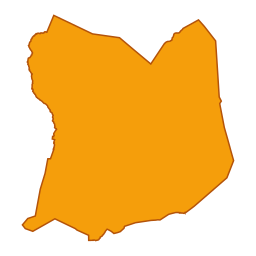 Ringebu nor, Oppland, Norway (Mercator projection)
{"feature_id": "86288312B31660011539204", "entity_name": "Ringebu nor", "entity_type": "district", "adm_level": 2, "iso_a3": "NOR", "parent_name": "Norway", "parent_adm1": "Oppland", "projection": "mercator", "projection_center": [10.18, 61.557], "detail": "fine", "context": "isolated", "style": "filled", "palette": "amber", "viewbox_px": 256, "rotation_deg": 0, "n_neighbors": 0, "source": "geoboundaries", "source_scale": "gbopen_adm2", "svg_char_len": 5158}
<svg xmlns="http://www.w3.org/2000/svg" viewBox="0 0 256 256"><path d="M88.7,240.4L93.1,240.3L93.1,240.1L93.5,240.1L94.0,240.1L94.8,240.1L95.6,240.6L96.7,240.3L96.8,240.3L98.4,239.9L98.7,239.7L99.6,238.4L99.9,238.3L100.2,237.7L100.2,237.2L100.3,237.1L102.1,236.1L102.5,235.3L102.9,235.1L103.2,234.6L103.7,234.2L103.9,233.8L104.0,233.5L104.7,232.7L105.0,232.2L105.2,231.7L105.4,231.2L107.1,229.2L107.9,229.5L110.7,231.0L112.1,232.0L113.9,233.5L115.9,233.0L117.5,232.6L119.3,232.0L119.6,231.8L120.1,231.7L120.3,231.6L120.6,231.5L120.8,231.1L121.2,230.8L123.1,229.1L123.3,228.8L123.6,228.7L123.9,228.4L124.1,227.9L124.2,227.3L124.3,227.2L124.3,226.8L124.6,226.3L135.5,222.7L138.2,222.3L151.0,220.4L155.8,220.1L157.8,219.8L159.5,219.9L160.1,219.9L168.7,214.3L171.7,213.5L175.8,212.5L179.1,212.5L179.4,212.7L179.4,212.8L179.9,212.7L179.9,212.9L180.0,213.1L180.5,212.9L180.8,213.0L181.2,212.9L181.6,213.1L182.3,213.0L183.6,213.3L183.7,213.2L184.3,213.1L184.7,213.0L184.8,213.1L184.8,212.9L185.0,212.6L185.1,212.8L185.3,212.9L194.1,206.3L226.9,177.8L233.6,160.6L230.6,150.0L229.7,146.6L227.3,138.0L224.3,127.5L219.7,103.6L221.3,101.1L219.2,97.0L216.9,60.9L215.6,40.9L204.3,26.4L198.5,19.9L183.1,28.4L182.9,28.6L182.5,29.4L181.5,30.2L181.1,30.5L180.9,30.8L180.5,31.1L180.4,31.5L179.8,32.0L179.7,32.3L179.3,32.7L178.7,33.0L178.1,32.9L176.8,33.1L176.3,32.9L175.8,33.0L174.9,33.3L174.4,33.6L174.1,33.9L173.8,34.6L173.7,35.2L173.2,36.8L172.9,37.2L172.2,37.9L172.1,39.2L171.7,39.9L171.8,40.1L171.3,40.5L170.8,40.6L170.5,40.9L170.3,41.1L169.8,41.2L168.9,41.4L168.2,41.4L167.8,41.4L166.3,42.0L165.3,42.7L164.6,43.6L164.4,43.6L150.8,64.0L133.8,49.8L119.5,37.7L92.5,33.9L53.8,15.4L46.8,32.3L46.7,32.3L46.1,31.9L45.6,31.8L45.2,31.8L44.5,31.9L44.4,32.0L44.4,32.3L44.2,32.5L43.9,32.9L43.7,33.0L43.1,32.9L42.8,33.2L42.3,33.1L41.8,32.9L41.2,33.0L41.0,32.9L40.8,32.9L40.6,33.3L40.0,33.7L39.4,33.3L38.6,33.2L38.3,33.2L38.0,33.4L37.6,33.3L37.4,33.6L37.0,33.6L36.7,33.9L36.5,33.7L36.2,33.6L35.8,34.0L35.6,34.1L35.5,34.3L35.6,34.5L34.5,35.2L34.4,35.4L34.5,35.8L34.3,35.9L33.7,35.9L33.2,36.4L33.0,36.8L32.5,37.1L32.2,37.6L32.2,38.1L31.9,38.3L31.8,38.8L31.6,39.0L31.3,39.1L31.0,39.6L31.0,39.9L31.0,40.3L30.9,40.5L30.8,40.9L30.8,41.3L30.5,41.6L30.3,41.7L30.0,41.9L29.7,42.4L29.6,42.6L29.6,42.8L29.4,43.2L29.4,43.5L29.4,44.1L29.1,44.3L29.1,44.7L29.1,45.1L28.9,45.3L28.5,45.6L28.9,46.3L29.0,47.0L29.5,47.7L29.8,48.4L30.1,48.8L30.3,49.4L30.4,49.6L30.7,49.9L31.6,50.9L31.8,51.3L31.8,51.7L32.4,52.6L32.5,52.8L32.5,53.1L32.4,53.3L32.1,53.5L31.9,54.8L31.8,55.0L31.3,55.1L31.2,55.7L31.1,55.9L30.5,56.6L30.1,57.3L29.7,57.7L28.5,58.0L28.3,58.2L28.2,58.4L28.2,58.8L28.1,59.2L27.9,60.3L27.9,60.6L28.0,61.1L27.7,61.3L27.6,61.6L27.3,61.9L27.3,62.1L27.7,62.3L27.9,62.5L28.0,62.7L28.0,63.0L28.1,63.4L28.0,63.5L27.8,64.1L27.8,64.3L28.2,64.7L28.3,64.9L28.7,65.9L28.9,66.9L29.1,67.2L29.3,68.0L29.1,68.4L29.1,68.6L29.2,69.0L29.1,69.5L29.5,69.7L29.6,69.8L29.4,70.4L29.4,70.6L29.5,70.7L29.8,70.9L30.3,71.5L30.8,72.3L31.4,73.3L31.5,73.5L32.2,74.0L32.1,74.4L32.0,74.6L31.8,74.6L31.6,74.7L31.6,75.1L31.6,75.5L31.6,76.0L31.5,76.3L31.5,76.7L31.6,76.9L31.7,77.1L31.7,77.7L31.8,78.4L32.0,78.9L32.0,79.2L32.1,79.4L32.6,80.5L32.7,81.0L32.6,81.9L32.5,82.4L32.5,82.6L32.8,83.2L32.7,83.4L32.3,83.9L32.1,84.4L32.2,84.9L32.2,85.1L32.1,85.4L32.1,85.7L32.2,86.1L32.0,87.5L32.1,88.1L31.8,88.7L31.8,88.9L31.9,89.0L32.6,88.9L32.7,89.3L32.8,89.5L33.0,89.7L33.0,89.9L33.1,90.1L33.1,90.3L32.8,90.8L32.7,91.1L32.8,91.5L33.5,92.0L33.7,92.9L33.9,93.1L34.4,93.3L34.6,93.4L34.6,93.6L34.7,94.1L35.2,94.6L35.6,95.1L35.7,95.4L35.8,95.8L36.0,96.3L36.3,96.9L36.6,97.3L37.1,97.5L37.7,98.2L38.3,98.6L39.5,99.4L40.0,100.1L40.4,100.1L41.3,100.8L42.2,101.4L42.6,101.9L43.9,103.2L44.1,103.4L45.1,103.6L45.3,103.7L46.4,104.6L46.7,105.0L47.3,105.5L47.6,105.9L47.8,107.0L48.0,107.2L48.3,107.5L48.5,108.0L49.1,108.7L49.4,109.2L50.0,109.7L50.1,109.9L50.1,110.1L50.0,110.4L50.1,110.5L50.3,110.8L50.4,111.0L50.2,111.6L51.3,112.4L51.7,112.6L52.0,112.8L52.3,114.0L52.6,114.4L52.7,114.8L52.8,115.1L53.1,115.2L53.2,115.3L53.1,115.7L52.5,117.1L52.6,117.3L52.8,117.6L52.8,117.9L52.9,118.1L53.0,118.1L53.0,118.3L53.2,118.6L53.3,118.9L53.2,119.2L53.0,119.7L52.8,119.9L52.6,120.2L52.5,120.7L52.6,121.1L53.4,121.5L53.5,121.6L53.5,122.1L53.7,122.3L53.7,122.6L53.8,122.9L54.0,123.1L54.1,123.5L54.5,123.8L54.6,124.0L54.6,124.5L54.7,125.0L54.8,125.7L54.7,125.8L54.8,126.3L54.9,126.5L55.0,126.8L54.9,127.0L54.6,127.3L54.6,127.5L55.4,128.5L55.7,128.5L56.2,128.6L56.3,128.8L56.5,129.1L56.6,129.3L55.4,130.8L54.0,133.1L53.7,133.8L53.7,134.1L53.9,134.9L54.1,135.4L53.7,135.9L53.6,136.3L53.6,136.5L52.6,136.4L52.3,139.0L54.7,139.6L54.5,140.4L54.1,141.2L54.1,141.4L53.9,142.1L54.0,142.2L53.9,142.4L53.8,142.7L53.8,143.2L54.2,143.2L54.1,143.5L54.2,143.8L54.3,144.2L54.4,144.4L54.4,144.7L54.5,145.0L54.4,145.2L54.4,145.3L54.4,145.6L54.4,145.8L54.2,146.5L54.1,146.8L54.1,147.0L54.1,147.4L53.9,147.5L53.8,147.9L53.7,148.4L53.4,148.8L53.5,149.1L53.4,149.4L53.8,149.4L50.5,158.7L47.8,158.8L45.1,173.3L40.3,189.1L35.3,216.0L27.8,218.5L22.4,224.9L25.3,228.6L32.8,231.3L54.9,218.8L75.3,228.6L76.9,230.0L88.6,235.3L88.7,240.4Z" fill="#f59e0b" stroke="#b45309" stroke-width="1.5"/></svg>